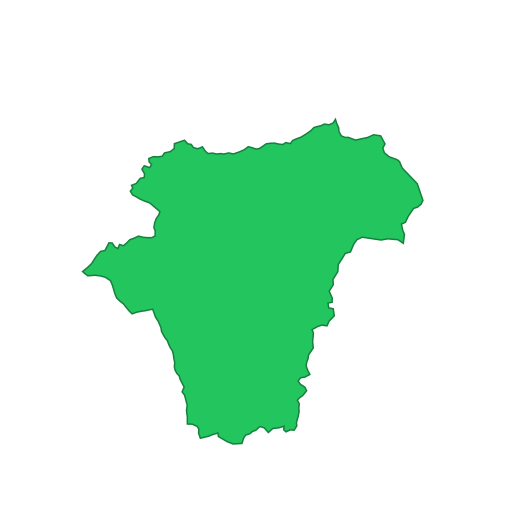 Vila Nova do Sul, Rio Grande do Sul, Brazil, rotated 222°
{"feature_id": "56859067B59738073303850", "entity_name": "Vila Nova do Sul", "entity_type": "district", "adm_level": 2, "iso_a3": "BRA", "parent_name": "Brazil", "parent_adm1": "Rio Grande do Sul", "projection": "albers", "projection_center": [-53.869, -30.353], "detail": "fine", "context": "isolated", "style": "filled", "palette": "green", "viewbox_px": 512, "rotation_deg": 222, "n_neighbors": 0, "source": "geoboundaries", "source_scale": "gbopen_adm2", "svg_char_len": 3145}
<svg xmlns="http://www.w3.org/2000/svg" viewBox="0 0 512 512"><g transform="rotate(222 256 256)"><path d="M288.4,410.7L287.7,406.6L289.5,402.4L293.5,399.8L294.7,396.7L296.8,393.6L298.9,390.3L299.1,385.8L300.3,380.6L302.1,374.4L304.4,370.1L306.1,366.2L305.6,362.6L309.8,360.2L310.6,356.9L313.8,354.5L317.9,352.2L321.0,349.1L323.5,346.2L324.5,341.5L325.5,338.0L327.5,335.5L330.6,334.2L334.9,332.1L335.9,326.9L338.1,322.1L341.1,316.7L345.3,314.3L348.2,310.2L350.8,308.5L353.3,305.6L357.0,303.5L360.3,300.0L363.9,300.0L368.8,301.3L371.1,296.7L375.1,294.7L378.8,295.6L381.8,293.7L386.6,294.2L389.3,289.3L391.8,284.9L388.7,281.1L389.5,276.3L393.0,271.3L392.4,267.4L395.2,264.1L398.8,261.1L400.9,256.7L398.4,254.4L394.8,254.1L394.2,250.5L399.4,248.3L398.9,244.2L393.9,242.5L391.6,239.6L394.0,236.2L393.5,229.8L395.8,225.2L393.0,224.0L392.8,220.1L388.7,218.8L384.4,219.9L380.3,220.7L376.0,222.1L370.5,224.3L357.1,224.7L355.8,221.5L355.2,217.2L353.6,213.0L350.9,208.8L347.6,207.1L344.4,203.4L345.7,199.9L349.1,196.9L352.5,194.3L356.6,192.2L358.6,187.5L360.6,183.9L360.9,178.4L361.4,175.0L365.1,173.2L363.6,169.1L366.9,168.3L371.6,169.4L374.1,167.4L373.0,163.0L371.9,159.0L374.6,155.4L374.6,150.0L374.1,146.1L373.1,140.3L373.5,134.7L374.5,128.4L371.2,128.4L367.7,128.8L362.7,134.0L358.1,137.2L353.9,139.3L347.7,140.3L343.2,138.2L338.9,135.6L335.7,133.6L331.4,131.6L327.4,131.4L322.4,131.7L317.5,130.9L313.5,130.3L309.3,130.1L307.2,134.2L304.3,138.1L301.4,141.6L299.2,144.7L297.2,147.3L293.0,145.1L289.7,143.3L285.2,142.1L281.8,140.6L278.9,139.3L275.8,136.8L271.9,135.3L269.0,134.4L265.1,133.7L261.5,131.8L258.2,130.5L254.6,129.5L251.8,127.7L248.7,125.1L245.0,122.3L242.4,118.9L239.7,117.0L236.2,115.8L232.8,115.5L230.1,113.7L225.9,112.1L221.7,110.5L220.0,105.6L216.0,104.8L212.8,102.7L207.3,99.1L204.3,94.7L199.3,90.4L194.6,85.2L190.8,88.4L185.6,90.0L182.6,89.1L180.3,86.1L175.4,83.3L170.6,90.4L169.0,93.8L165.9,98.9L163.1,96.7L153.3,98.7L147.2,101.0L141.0,107.3L143.1,111.8L143.9,115.9L141.6,119.9L141.2,123.3L139.5,126.3L139.1,131.8L134.9,133.8L128.7,133.1L128.1,139.0L124.0,143.7L121.3,148.2L119.1,145.4L116.0,145.4L114.2,149.7L111.1,152.1L112.0,157.0L114.5,159.3L117.5,165.4L120.1,169.5L122.5,171.7L124.9,175.1L128.8,176.5L128.7,180.2L127.9,183.6L128.2,189.7L131.8,191.2L137.5,190.4L141.0,191.3L141.4,195.4L138.7,198.6L136.7,204.0L140.5,205.4L145.1,207.8L147.0,210.5L148.6,214.5L150.7,217.5L151.9,226.0L156.5,230.1L161.9,237.3L165.1,238.8L163.0,244.8L160.8,248.7L156.5,251.6L158.1,256.6L157.8,263.9L163.3,268.5L167.2,266.1L171.0,269.2L168.5,272.6L171.1,275.7L178.1,278.9L179.4,286.5L183.1,290.0L184.7,299.1L189.2,304.8L190.3,312.0L191.4,317.6L188.5,322.2L191.3,330.3L191.9,335.6L189.7,341.0L173.7,351.6L169.6,356.9L161.4,363.1L155.0,364.0L157.5,367.6L160.1,371.4L163.8,373.1L169.3,377.0L167.5,381.0L169.4,387.2L170.7,396.8L168.6,400.5L168.0,405.0L169.1,409.0L184.5,417.6L206.2,419.2L212.5,422.2L215.6,422.0L223.5,418.8L229.7,418.6L234.0,421.1L235.1,425.6L243.8,428.7L249.7,424.8L252.4,418.7L259.7,408.7L266.8,405.9L269.2,403.7L273.0,402.4L277.5,403.9L280.4,406.6L284.7,408.5L288.4,410.7Z" fill="#22c55e" stroke="#15803d" stroke-width="1.5"/></g></svg>